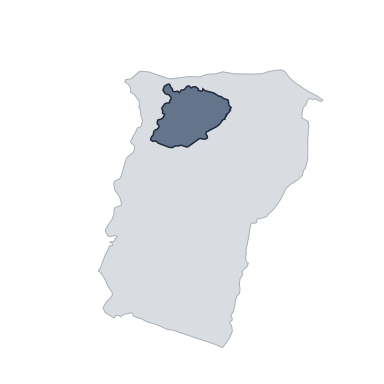 where Eastern sits in Ghana, rotated 199°
{"feature_id": "GHA-2161", "entity_name": "Eastern", "entity_type": "Region", "adm_level": 1, "iso_a3": "GHA", "parent_name": "Ghana", "parent_adm1": "", "projection": "orthographic", "projection_center": [-0.365, 6.459], "detail": "fine", "context": "in_parent", "style": "filled", "palette": "slate", "viewbox_px": 384, "rotation_deg": 199, "n_neighbors": 0, "source": "natural_earth", "source_scale": "10m", "svg_char_len": 6549}
<svg xmlns="http://www.w3.org/2000/svg" viewBox="0 0 384 384"><g transform="rotate(199 192 192)"><path d="M234.8,49.8L237.7,52.5L238.3,54.1L237.3,59.9L235.2,64.0L233.9,67.9L234.1,69.8L235.3,71.7L239.7,74.7L241.9,76.6L244.5,79.6L247.5,82.5L252.7,86.3L254.9,86.9L254.8,88.0L254.0,89.4L253.6,103.5L253.2,107.1L252.8,108.9L252.4,114.2L251.8,114.9L250.9,114.9L250.0,115.1L249.7,116.1L250.1,117.2L253.2,117.9L252.5,118.7L250.2,119.5L249.2,121.0L249.6,122.8L248.4,124.3L248.7,125.3L249.6,126.0L250.9,125.7L254.5,123.3L256.0,123.0L257.9,123.5L261.4,127.2L261.5,129.0L260.1,135.2L258.8,140.0L258.5,146.3L260.0,149.9L259.8,151.9L258.2,153.6L254.6,156.1L254.9,157.7L256.5,160.9L259.6,164.4L265.5,168.7L268.7,174.3L268.8,176.6L266.9,178.9L264.8,180.9L264.1,183.7L265.1,202.6L260.4,210.8L260.4,213.1L260.9,215.8L262.1,217.5L264.5,217.9L266.5,219.5L265.8,225.2L264.8,231.1L264.6,233.9L264.0,235.3L262.2,236.4L261.5,238.2L262.0,240.5L261.6,242.2L262.7,244.4L264.8,247.1L268.3,253.9L269.6,254.4L270.2,255.8L269.8,257.2L271.2,260.2L275.0,263.2L279.0,265.8L282.3,266.1L283.1,268.5L285.2,271.5L286.8,272.8L289.3,273.6L291.3,274.0L291.4,276.5L287.8,278.3L285.3,280.9L283.4,284.8L280.8,289.2L271.8,291.5L268.3,291.5L249.8,291.6L232.4,300.2L222.4,303.2L216.3,308.1L208.0,311.5L202.2,315.6L190.2,317.6L170.6,324.1L164.4,326.6L158.2,331.2L148.0,336.5L144.1,336.4L136.1,331.4L130.2,328.9L115.6,325.0L104.8,323.5L99.5,321.8L98.1,321.5L99.3,319.7L102.3,319.6L105.5,320.2L107.9,318.8L111.5,318.7L112.4,317.3L112.7,313.7L112.7,310.8L113.9,309.5L114.3,306.1L112.6,298.5L111.3,297.6L105.0,296.5L104.5,295.0L103.4,293.4L102.2,289.5L100.8,283.7L98.7,276.5L94.5,264.6L93.4,260.4L92.7,256.1L92.6,251.0L93.5,249.1L93.4,246.5L93.0,243.9L96.0,237.8L101.9,230.5L103.2,227.8L104.3,226.0L104.5,223.3L105.6,214.7L108.4,204.3L110.2,200.4L111.4,198.3L112.9,194.8L113.3,193.2L118.7,189.1L121.2,188.0L121.7,186.4L120.9,184.7L121.3,183.5L122.6,182.9L124.6,182.4L126.0,180.7L123.8,167.9L122.0,155.1L121.9,154.0L120.9,152.2L119.8,146.9L118.0,143.8L115.5,142.9L115.5,140.0L118.1,135.1L118.8,132.2L117.6,131.4L117.4,129.1L118.3,125.5L117.9,123.3L117.4,120.9L114.8,115.3L114.2,111.3L115.6,109.0L115.6,103.9L114.2,96.1L114.0,91.2L115.0,89.1L114.5,87.2L112.6,85.3L112.5,83.5L114.1,81.7L114.0,80.4L111.9,79.3L110.1,76.9L108.5,73.1L108.9,67.0L112.0,55.8L112.4,54.9L115.9,54.9L115.9,55.4L126.6,55.4L138.9,55.3L153.6,55.2L167.0,55.1L167.5,54.6L169.8,54.0L183.2,55.1L191.7,54.6L195.2,55.0L197.8,55.7L203.7,55.3L206.8,55.5L209.1,58.3L210.1,58.3L211.4,57.1L213.7,55.8L216.1,54.7L217.8,52.5L218.8,50.9L220.3,51.2L222.6,51.1L224.0,49.7L224.6,47.5L234.8,49.8Z" fill="#d9dde1" stroke="#a8b0b8" stroke-width="1"/><path d="M182.5,282.0L182.3,282.0L182.3,281.9L182.2,281.7L182.3,281.5L182.6,280.9L182.6,280.6L182.7,280.3L183.0,279.4L183.4,278.7L183.5,278.4L183.8,277.4L183.9,277.2L184.0,276.9L184.1,276.7L184.7,276.6L184.8,276.4L184.9,276.1L184.7,276.0L184.5,275.8L184.4,275.8L184.3,275.6L184.3,275.2L184.2,275.0L184.2,274.8L184.3,274.6L184.8,273.7L184.9,273.3L185.0,272.8L185.0,272.5L185.0,272.3L184.9,272.0L184.8,271.8L184.6,271.7L184.7,271.4L185.7,270.8L186.0,270.5L186.2,270.3L186.4,270.0L186.6,269.5L186.8,269.2L186.9,268.6L187.4,266.6L188.1,264.8L190.0,261.8L195.8,255.7L196.0,255.4L196.1,255.2L196.4,254.9L197.7,253.6L198.0,253.3L198.1,253.0L198.1,252.8L198.1,252.6L198.0,252.1L197.8,251.7L197.6,251.3L197.4,251.1L196.2,250.2L195.9,249.9L195.6,249.5L195.4,249.1L195.3,248.9L195.3,248.7L195.2,248.4L195.3,248.1L195.4,247.6L195.6,247.2L195.9,246.9L196.3,246.6L197.4,246.1L198.4,245.7L201.6,245.3L201.8,245.2L202.1,245.0L202.5,244.7L210.6,233.4L211.1,233.0L211.8,232.8L217.7,232.7L218.2,232.6L218.7,232.0L218.8,231.8L219.1,231.5L219.5,231.3L220.0,231.1L222.2,230.3L222.7,230.0L223.3,229.5L223.6,229.3L224.4,228.1L224.8,227.8L225.1,227.6L225.9,227.3L228.5,226.8L239.8,227.2L240.3,227.4L240.8,227.5L241.7,228.1L242.3,228.3L242.6,228.3L243.0,228.3L243.9,228.0L244.7,227.5L245.4,227.2L245.7,227.2L246.0,227.2L248.1,227.9L248.3,230.4L248.2,231.2L248.1,231.4L247.7,232.1L247.4,233.0L247.3,233.5L247.3,233.9L247.4,234.2L247.6,235.2L247.7,236.5L247.7,237.2L247.6,237.7L247.5,237.9L247.1,238.4L246.5,239.1L246.3,239.2L245.5,239.9L245.3,240.3L245.1,240.8L244.6,242.0L244.5,242.6L244.5,243.0L244.6,243.5L244.8,243.9L245.0,244.1L245.3,244.3L246.0,244.6L246.4,244.8L246.8,245.1L247.1,245.4L247.3,245.8L247.5,246.2L247.8,248.1L247.7,248.6L247.7,249.0L247.4,249.3L245.6,250.4L245.4,250.5L244.8,251.1L244.7,251.3L244.5,251.5L244.4,251.6L244.3,251.8L244.1,252.0L243.9,252.5L243.2,255.1L243.1,256.0L243.1,256.6L243.4,256.8L244.7,256.7L245.0,256.7L245.2,256.8L245.4,256.9L245.5,257.1L245.7,257.3L245.8,257.8L246.0,258.8L246.0,259.0L246.1,259.3L246.4,259.6L246.7,259.9L247.2,260.3L247.4,260.5L247.6,260.8L247.8,261.5L247.8,261.9L247.8,262.2L246.5,266.2L246.4,266.4L246.2,266.8L245.9,267.1L245.2,267.6L244.4,268.1L242.4,268.9L242.2,269.1L242.4,269.6L242.7,270.4L242.8,271.2L242.6,271.8L242.3,272.4L242.1,273.2L242.2,274.0L242.5,274.4L244.6,276.0L245.4,276.3L248.5,276.2L249.3,276.3L249.8,276.7L250.8,277.4L252.3,278.4L252.5,278.7L252.6,279.1L252.5,283.2L250.5,285.4L249.8,286.1L249.3,286.4L249.0,286.5L248.6,286.5L248.4,286.5L248.1,286.4L247.9,286.3L247.5,285.8L247.2,285.5L246.6,284.6L246.5,284.4L246.3,284.2L245.0,283.7L244.8,283.6L244.5,283.3L244.1,283.0L243.9,282.7L243.3,281.4L243.1,281.2L242.8,281.0L242.3,281.0L241.6,281.0L241.1,281.1L240.8,281.2L239.2,282.3L238.6,282.5L238.3,282.6L238.1,282.7L237.7,282.2L237.4,282.1L237.2,281.9L236.7,281.7L236.4,281.8L236.2,282.0L235.5,284.6L235.3,284.9L235.0,285.1L233.1,285.9L232.8,286.1L232.7,286.3L232.2,287.3L231.7,289.1L231.3,289.9L231.2,290.1L231.0,290.3L230.8,290.5L230.5,290.8L229.8,291.2L229.4,291.3L229.1,291.3L228.6,291.1L228.2,290.9L227.9,290.6L227.7,290.4L227.4,290.3L226.8,290.2L226.6,290.3L226.3,290.4L225.5,291.5L225.2,291.7L224.8,291.9L224.0,292.3L223.6,292.4L223.2,292.5L222.1,292.5L221.7,292.4L220.9,292.1L220.6,292.0L219.9,291.7L219.5,291.5L219.4,291.3L219.3,291.1L219.3,290.4L219.0,290.2L218.5,290.1L216.6,290.3L216.1,290.3L215.7,290.5L215.4,290.8L215.2,291.9L215.2,292.3L215.2,292.5L215.3,293.1L213.3,292.3L212.1,292.1L204.5,292.7L203.6,292.7L203.0,292.6L202.8,292.5L198.4,291.5L197.6,291.4L197.1,291.5L196.5,291.6L195.4,291.7L195.0,291.7L194.7,291.6L194.3,291.3L193.9,291.1L193.2,290.9L192.8,290.8L192.5,290.7L188.6,290.8L188.2,290.8L187.9,290.7L187.6,290.3L186.9,289.2L185.5,286.2L185.4,286.0L185.2,285.8L183.9,285.3L182.4,284.5L183.2,282.9L183.2,282.3L183.1,282.1L182.9,282.0L182.7,282.0L182.5,282.0Z" fill="#64748b" stroke="#1e293b" stroke-width="1.5"/></g></svg>